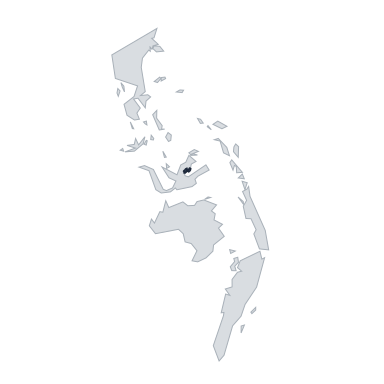 location of Kolaka Utara, Sulawesi Tenggara, Indonesia, rotated 239°
{"feature_id": "22746128B11198700179718", "entity_name": "Kolaka Utara", "entity_type": "district", "adm_level": 2, "iso_a3": "IDN", "parent_name": "Indonesia", "parent_adm1": "Sulawesi Tenggara", "projection": "natural_earth1", "projection_center": [121.032, -3.263], "detail": "fine", "context": "in_parent", "style": "filled", "palette": "slate", "viewbox_px": 384, "rotation_deg": 239, "n_neighbors": 0, "source": "geoboundaries", "source_scale": "gbopen_adm2", "svg_char_len": 5580}
<svg xmlns="http://www.w3.org/2000/svg" viewBox="0 0 384 384"><g transform="rotate(239 192 192)"><path d="M133.0,156.6L139.1,166.0L148.2,164.8L152.8,160.4L160.8,163.0L167.0,161.2L175.1,139.2L185.0,138.0L189.7,143.3L184.7,143.8L191.7,154.3L189.7,156.6L198.0,165.0L190.6,164.1L188.2,179.1L182.4,181.3L179.2,187.3L181.2,191.4L179.1,198.0L168.3,206.4L165.8,198.9L161.4,200.7L156.7,196.5L148.6,201.5L147.4,196.1L137.4,196.8L135.5,183.2L130.5,179.4L128.3,170.1L129.2,160.9L133.0,156.6ZM33.2,128.2L49.3,131.1L69.8,155.3L72.3,157.3L73.4,154.8L87.2,168.3L83.9,171.2L91.7,170.6L90.0,177.5L96.4,181.3L99.8,189.7L98.5,193.8L103.7,192.0L108.2,197.9L106.2,219.7L98.5,217.3L98.3,220.4L77.2,198.4L68.3,179.6L60.3,170.1L56.4,157.9L35.6,135.4L33.2,128.2ZM350.8,193.9L350.3,246.2L343.7,238.8L344.5,236.6L335.9,239.1L337.4,233.9L335.0,231.2L335.9,230.8L337.2,231.0L338.0,230.7L334.1,228.7L335.9,228.0L332.3,218.5L325.0,212.7L302.1,203.6L301.2,197.5L298.1,204.2L294.8,205.5L293.6,199.4L288.2,195.3L300.2,194.0L301.8,189.8L290.6,190.9L288.0,185.4L281.5,184.4L283.3,179.8L291.2,175.8L302.2,178.9L303.7,191.5L311.0,200.0L328.8,184.8L350.8,193.9ZM239.1,164.9L231.2,170.5L209.1,168.7L206.4,170.8L205.5,177.4L209.7,183.9L216.0,179.6L228.9,179.2L214.5,188.0L221.0,196.3L220.7,202.0L225.0,208.2L216.1,211.2L216.3,205.8L211.3,201.2L212.4,195.0L209.6,194.4L206.9,196.6L208.1,217.9L202.0,218.0L202.5,205.3L201.4,201.1L197.2,200.2L196.6,194.8L201.7,180.2L204.0,179.8L203.2,173.6L207.0,165.1L212.6,162.2L232.4,166.1L240.6,159.4L239.1,164.9ZM108.5,220.5L124.2,223.4L126.6,227.5L138.7,228.8L141.5,224.6L153.4,228.6L156.7,234.5L166.4,235.6L166.2,240.5L167.6,243.4L158.4,239.5L121.4,235.0L102.9,227.9L108.5,220.5ZM258.8,166.1L265.4,160.3L262.5,167.0L266.9,171.2L259.9,170.5L263.6,180.1L258.5,174.9L256.7,163.7L260.9,155.2L258.8,166.1ZM262.0,195.9L278.5,198.1L280.1,203.9L273.5,199.7L264.2,200.6L261.6,198.3L260.0,201.0L262.0,195.9ZM224.4,242.1L212.3,244.8L203.8,242.8L209.3,239.2L221.2,242.3L225.3,238.1L224.4,242.1ZM189.6,238.4L197.7,239.6L199.1,242.6L182.9,245.3L185.5,240.2L191.1,243.1L192.9,242.0L189.6,238.4ZM239.2,244.8L239.5,250.6L230.3,255.8L230.8,250.2L239.2,244.8ZM108.2,186.3L110.4,192.7L113.5,193.6L112.5,197.6L107.8,195.6L106.4,190.4L101.8,189.3L104.1,185.6L108.2,186.3ZM333.5,239.4L327.3,240.3L330.4,233.7L335.2,232.3L336.7,234.8L333.5,239.4ZM205.2,248.3L209.0,251.1L210.7,254.2L206.9,255.3L197.9,249.5L205.2,248.3ZM252.7,197.7L255.3,202.1L251.5,203.6L247.2,200.4L247.4,197.9L252.7,197.7ZM166.8,238.6L175.4,240.5L171.5,244.1L166.8,238.6ZM180.2,238.9L181.5,244.4L176.4,243.6L180.2,238.9ZM123.2,194.6L119.1,198.7L119.4,193.5L123.2,194.6ZM306.2,216.5L307.1,223.5L305.3,223.8L303.6,218.8L306.2,216.5ZM164.0,228.9L157.5,231.0L154.7,229.8L164.0,228.9ZM227.2,209.5L227.2,215.8L223.5,218.4L224.9,210.0L227.2,209.5ZM45.9,161.5L51.8,165.1L51.0,168.4L45.9,161.5ZM60.3,187.2L58.0,185.8L56.9,180.7L58.7,180.6L60.3,187.2ZM283.6,237.2L282.3,234.7L285.8,230.1L285.7,234.2L283.6,237.2ZM277.1,173.5L283.9,175.2L276.2,174.6L277.1,173.5ZM235.8,186.2L242.0,188.0L235.2,187.9L235.8,186.2ZM224.3,212.6L220.9,215.7L223.9,210.0L224.3,212.6ZM312.0,178.1L315.5,178.7L318.9,181.7L315.7,182.4L312.0,178.1ZM252.2,234.6L249.9,236.8L245.3,237.1L246.5,234.5L252.2,234.6ZM305.9,224.7L304.4,228.0L302.8,227.8L303.0,222.7L305.9,224.7ZM261.7,186.3L257.6,186.8L256.5,185.7L258.2,183.6L261.7,186.3ZM312.6,185.7L317.6,186.2L322.4,187.4L317.8,188.1L312.6,185.7ZM225.3,182.4L229.5,184.5L225.2,185.7L225.3,182.4ZM265.0,155.0L262.2,154.4L264.8,152.0L265.0,155.0ZM235.4,240.6L240.1,238.7L240.7,239.9L235.4,240.6ZM277.0,186.5L276.3,189.4L272.7,187.9L274.5,187.0L277.0,186.5ZM179.5,203.2L177.7,205.1L179.2,199.0L179.5,203.2ZM257.7,175.5L259.8,179.4L259.0,180.0L255.8,176.9L257.7,175.5Z" fill="#d9dde1" stroke="#a8b0b8" stroke-width="1"/><path d="M213.8,202.3L213.8,202.2L213.7,202.0L213.7,201.9L213.5,201.7L213.4,201.6L213.2,201.4L213.1,201.2L212.9,201.0L212.9,200.9L213.0,200.8L213.0,200.7L213.0,200.4L213.0,200.5L213.0,200.4L212.9,200.3L212.9,200.2L213.0,200.2L212.9,200.0L213.0,200.0L213.0,199.9L213.1,199.7L213.1,199.4L213.3,199.3L213.3,199.2L213.6,199.1L213.6,198.9L213.8,198.8L214.0,198.8L214.1,199.0L214.2,199.3L214.2,199.5L214.4,199.6L214.5,199.7L214.6,199.8L214.9,199.9L215.0,199.9L215.0,199.7L215.0,199.4L215.0,199.0L215.1,198.8L215.1,198.4L215.0,198.2L214.9,198.2L214.9,197.9L214.7,197.8L214.7,197.7L214.5,197.4L214.6,197.2L214.5,196.8L214.4,196.6L214.4,196.4L214.5,196.3L214.5,196.2L214.4,195.9L214.3,195.7L214.2,195.5L213.7,195.6L213.7,195.8L213.4,195.9L213.3,195.7L213.2,195.6L213.0,195.4L212.9,195.3L212.6,195.3L212.4,195.3L212.2,195.4L212.2,195.5L211.9,195.7L212.0,195.8L212.0,196.0L212.1,195.9L212.1,196.0L212.1,195.9L212.0,195.7L212.1,195.8L212.2,195.7L212.2,195.8L212.3,195.7L212.2,195.7L212.3,195.7L212.3,195.8L212.4,196.0L212.5,196.0L212.5,195.9L212.6,196.0L212.6,196.3L212.6,196.5L212.6,196.8L212.5,196.7L212.5,196.8L212.5,196.7L212.5,196.8L212.6,197.0L212.5,197.3L212.4,197.2L212.4,197.3L212.4,197.5L212.5,197.6L212.4,197.6L212.4,197.8L212.4,198.0L212.5,198.1L212.4,198.2L212.4,198.3L212.4,198.5L212.5,198.6L212.4,198.6L212.2,198.7L212.2,198.8L212.2,199.0L211.9,199.1L211.8,199.3L211.7,199.4L211.8,199.4L211.7,199.4L211.8,199.5L211.7,199.6L211.8,199.6L211.7,199.6L211.6,199.8L211.4,200.0L211.3,200.3L211.2,200.4L211.1,200.5L211.2,201.0L211.2,201.3L211.3,201.4L211.4,201.5L211.5,201.7L211.5,201.8L211.7,202.0L211.8,202.1L212.0,202.3L212.1,202.5L212.3,202.6L212.5,202.7L212.6,202.8L212.7,203.0L212.8,203.0L213.2,202.7L213.3,202.6L213.6,202.5L213.6,202.4L213.8,202.3Z" fill="#64748b" stroke="#1e293b" stroke-width="1.5"/></g></svg>